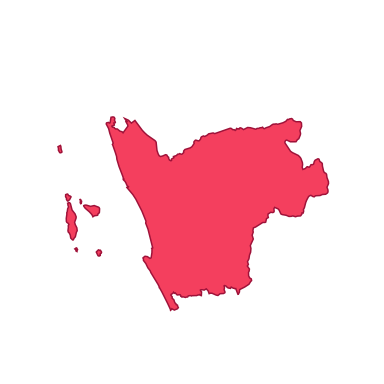 Suk Samran, Ranong, Thailand, rotated 327°
{"feature_id": "78962969B98614322504757", "entity_name": "Suk Samran", "entity_type": "district", "adm_level": 2, "iso_a3": "THA", "parent_name": "Thailand", "parent_adm1": "Ranong", "projection": "robinson", "projection_center": [98.475, 9.438], "detail": "fine", "context": "isolated", "style": "filled", "palette": "rose", "viewbox_px": 384, "rotation_deg": 327, "n_neighbors": 0, "source": "geoboundaries", "source_scale": "gbopen_adm2", "svg_char_len": 6025}
<svg xmlns="http://www.w3.org/2000/svg" viewBox="0 0 384 384"><g transform="rotate(327 192 192)"><path d="M302.9,266.7L305.1,266.6L306.1,266.0L307.1,264.4L307.8,261.5L311.0,259.4L312.1,257.6L313.1,253.3L314.5,250.4L314.4,249.2L313.6,247.8L313.7,246.2L315.5,241.3L316.7,239.2L316.7,238.1L315.8,236.0L316.4,233.7L316.1,233.1L315.6,232.7L312.6,232.4L311.2,233.0L309.2,234.8L308.2,234.8L306.7,233.9L304.2,235.1L303.6,235.0L302.8,233.8L302.2,233.5L299.8,234.0L297.3,233.5L297.9,231.3L299.6,229.4L300.6,227.5L301.6,223.2L301.6,221.9L301.1,219.3L297.7,213.7L296.8,211.5L296.7,201.7L296.9,200.9L297.5,200.3L298.6,199.8L299.7,200.0L301.9,203.5L306.6,206.5L308.9,205.5L310.6,205.5L314.1,203.0L315.0,201.9L315.9,199.3L319.7,196.7L321.4,193.7L321.1,192.0L317.6,189.8L317.1,189.1L315.9,187.2L316.0,185.6L315.5,184.6L313.5,183.8L312.4,183.8L311.6,183.1L309.2,183.8L306.1,183.5L300.8,181.9L299.6,180.6L298.4,180.3L297.9,179.7L296.4,179.2L292.7,179.4L288.9,178.4L287.4,178.4L286.6,177.6L286.5,176.1L285.0,175.8L284.2,175.2L282.7,175.0L281.2,174.1L279.7,174.1L276.0,169.9L273.8,168.2L269.2,167.7L268.3,165.5L267.4,164.4L267.0,164.3L265.7,164.8L265.1,163.9L264.4,163.8L264.0,163.0L262.4,163.9L261.7,163.9L261.4,162.8L260.2,162.0L259.5,160.0L258.7,159.3L243.2,155.5L242.6,155.1L241.9,154.0L237.7,152.3L235.7,152.6L233.0,152.4L232.1,151.2L230.1,150.9L229.3,151.1L227.8,152.4L225.9,152.9L225.1,152.5L223.5,150.6L223.0,150.4L221.3,150.8L220.7,151.2L220.3,152.4L216.6,154.0L214.5,154.0L209.2,152.5L207.3,153.1L206.5,154.4L204.2,154.8L203.5,154.5L202.6,153.1L201.6,153.1L200.7,152.5L198.6,152.9L196.5,152.3L196.2,152.7L195.7,152.3L195.2,153.4L192.8,153.2L192.3,153.7L192.0,154.4L191.3,154.3L190.5,153.0L190.7,151.1L191.3,150.2L190.9,149.0L191.0,147.2L190.1,146.3L187.0,145.8L184.9,145.1L184.2,143.6L184.4,141.5L185.3,138.0L189.0,130.8L189.1,129.8L188.9,128.6L185.4,120.0L184.5,116.5L183.9,113.2L183.1,100.9L178.7,101.2L177.8,97.2L175.6,93.7L175.6,97.0L175.8,97.6L175.3,97.7L175.1,96.9L174.9,96.9L174.6,100.8L174.0,101.9L166.4,104.8L166.2,103.4L164.7,101.7L163.7,98.5L162.2,97.4L161.8,96.4L161.9,95.6L160.6,94.3L160.5,93.5L160.7,93.1L163.3,93.6L163.6,93.1L164.0,91.6L165.3,92.1L165.7,91.8L166.1,89.4L167.2,88.6L167.5,87.1L166.7,86.0L164.8,85.2L161.0,89.3L160.3,89.2L159.8,88.1L158.0,87.5L157.6,87.7L157.1,88.3L156.6,93.5L155.1,97.8L152.5,108.1L151.1,108.8L151.1,109.5L149.3,116.8L148.1,121.1L146.8,123.7L144.7,130.8L142.4,141.6L141.7,143.5L142.0,144.0L141.8,144.3L141.2,144.0L141.1,144.4L141.6,146.7L141.5,148.5L141.1,150.8L141.2,152.2L140.7,152.8L142.2,152.9L140.6,153.3L139.9,152.8L140.0,152.1L139.8,152.4L141.0,161.9L141.0,167.4L139.6,180.7L137.5,191.4L136.2,192.9L134.8,199.4L128.6,217.5L127.5,217.3L127.4,218.0L125.4,221.0L121.9,224.9L120.6,224.8L119.4,221.9L117.6,220.3L115.1,220.5L114.8,221.0L114.9,221.5L114.0,223.0L114.3,226.9L113.7,231.6L114.0,235.2L113.6,237.3L113.2,251.1L112.8,254.1L112.4,254.4L112.6,255.2L112.3,259.6L110.9,272.1L110.0,278.5L109.6,279.5L110.8,279.4L111.5,278.9L112.9,281.4L116.2,282.0L117.6,281.5L117.7,280.2L118.2,278.9L117.4,277.9L117.7,276.9L117.3,275.5L118.1,272.4L117.5,270.3L118.3,269.1L118.1,267.3L118.7,266.5L120.8,266.6L121.9,266.0L122.2,267.4L122.9,267.4L123.5,270.3L125.9,271.5L126.2,271.9L125.8,273.4L126.4,273.9L126.3,274.6L127.6,275.2L129.1,276.9L130.0,277.0L130.9,277.6L131.5,277.6L132.2,277.1L132.9,277.3L134.6,278.3L134.9,278.9L135.8,279.1L139.5,281.4L141.3,281.7L141.8,282.3L142.6,282.2L143.0,283.6L143.4,284.0L145.6,281.0L145.4,279.3L145.6,278.8L146.1,278.8L147.2,279.4L148.8,280.9L151.2,281.0L151.7,283.6L151.0,286.6L152.4,286.9L153.7,287.9L156.1,291.6L157.4,292.9L160.2,292.6L163.1,294.3L164.6,294.4L165.2,293.9L165.7,291.4L167.1,290.0L167.8,288.2L168.4,288.2L169.2,289.2L169.7,291.5L170.3,292.4L171.8,293.8L172.8,293.1L173.2,293.2L174.2,295.2L174.9,295.7L175.3,296.5L176.1,296.8L174.8,302.8L175.2,303.0L177.2,301.8L178.8,299.8L184.4,300.4L189.5,300.4L192.5,299.0L193.7,298.8L194.4,297.2L193.6,295.5L193.8,293.2L195.6,290.2L196.9,289.4L198.2,287.9L198.1,284.2L199.8,283.5L200.6,280.6L203.3,279.1L205.9,276.2L208.4,274.4L210.7,271.4L211.7,268.7L217.8,264.8L218.9,261.0L221.5,259.0L222.1,257.5L224.0,255.5L226.2,256.0L234.7,256.1L236.7,257.3L237.4,257.4L240.0,254.9L242.1,255.0L242.7,253.3L243.8,251.9L247.0,251.9L248.6,253.3L249.7,253.4L250.5,252.8L251.5,250.7L252.9,249.9L255.0,253.0L255.2,254.6L254.6,258.8L255.3,260.0L258.3,262.8L260.0,265.3L261.8,266.4L263.6,267.0L265.3,269.1L267.5,269.7L269.6,271.0L270.3,271.1L272.3,270.3L272.9,269.5L273.8,270.2L275.2,268.9L275.9,267.4L277.7,266.4L281.6,262.8L283.7,261.3L286.9,259.5L288.1,259.2L289.9,259.5L290.9,261.6L291.8,262.6L293.5,262.4L297.5,264.7L300.0,265.1L302.9,266.7ZM66.4,167.5L67.8,166.6L69.8,166.0L73.1,162.8L74.6,162.0L75.9,159.4L76.3,155.9L77.0,153.5L80.4,150.9L81.3,149.8L82.0,146.7L81.6,141.8L83.7,135.5L83.5,134.3L83.0,133.8L81.6,133.7L81.6,134.3L80.9,135.1L80.3,137.3L78.6,138.3L76.8,140.4L75.6,141.3L75.0,142.4L72.2,145.6L70.6,148.3L70.5,149.2L71.1,150.9L71.1,152.1L69.7,153.0L69.3,154.0L66.9,156.9L66.4,158.1L66.7,159.5L66.5,161.6L65.2,164.6L65.7,167.1L66.4,167.5ZM103.3,158.6L105.4,155.7L105.6,154.6L105.4,153.9L102.6,150.1L99.1,148.8L96.3,145.5L95.1,144.7L93.8,144.4L93.5,145.0L93.6,147.5L95.1,152.6L95.6,155.5L95.7,157.0L95.4,158.8L97.3,158.8L99.8,160.0L100.4,160.0L101.3,159.1L102.7,159.0L103.3,158.6ZM82.9,132.0L85.1,131.8L87.9,130.2L87.8,129.4L86.6,127.7L86.6,126.1L86.2,125.7L84.6,125.4L83.4,127.1L83.3,129.0L82.7,129.8L82.6,131.3L82.9,132.0ZM82.3,189.7L81.5,189.6L80.6,189.9L79.4,190.0L79.0,190.3L78.5,194.2L79.1,195.1L79.9,194.9L79.9,195.2L80.5,195.3L81.5,193.8L82.5,193.9L83.4,193.2L83.5,191.0L82.7,190.7L82.3,189.7ZM107.0,81.3L104.3,81.0L103.6,83.0L102.7,84.2L102.5,86.9L103.2,87.6L104.4,87.8L104.9,87.3L105.6,84.7L106.9,82.2L107.0,81.3ZM64.5,175.8L62.7,175.9L63.2,177.7L62.6,178.1L62.6,178.5L63.1,179.3L63.8,178.4L64.6,178.1L64.8,176.2L64.5,175.8ZM92.9,141.3L94.4,139.6L94.2,139.1L94.5,138.2L94.2,137.3L93.9,137.3L93.7,138.5L92.4,140.1L92.3,141.2L92.9,141.3Z" fill="#f43f5e" stroke="#9f1239" stroke-width="1.5"/></g></svg>